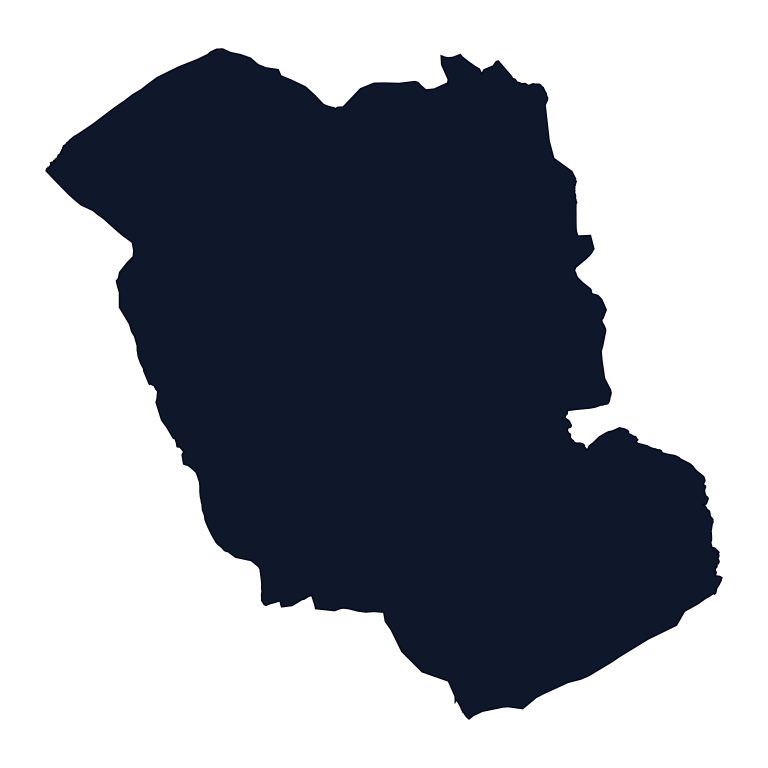 Hjartdal nor, Telemark, Norway
{"feature_id": "86288312B76434721018946", "entity_name": "Hjartdal nor", "entity_type": "district", "adm_level": 2, "iso_a3": "NOR", "parent_name": "Norway", "parent_adm1": "Telemark", "projection": "albers", "projection_center": [8.717, 59.692], "detail": "fine", "context": "isolated", "style": "filled", "palette": "ink", "viewbox_px": 768, "rotation_deg": 0, "n_neighbors": 0, "source": "geoboundaries", "source_scale": "gbopen_adm2", "svg_char_len": 6005}
<svg xmlns="http://www.w3.org/2000/svg" viewBox="0 0 768 768"><path d="M469.0,719.0L473.3,715.5L482.4,711.2L503.2,706.9L508.4,706.6L522.7,708.6L535.9,697.6L542.6,694.0L567.8,682.4L580.9,679.0L588.8,675.6L612.5,661.3L619.0,656.8L647.9,639.1L676.5,625.1L684.5,611.2L698.0,603.7L705.5,598.3L708.4,596.8L713.3,593.6L714.5,594.0L715.5,593.4L716.7,588.2L719.3,584.2L720.6,581.2L721.0,580.9L721.2,579.3L721.9,577.9L720.4,576.8L719.0,576.3L715.4,575.9L715.4,575.2L715.7,574.6L715.2,573.9L715.2,573.6L716.3,572.8L715.4,570.7L715.2,569.6L715.3,569.0L715.9,567.8L717.0,566.7L716.9,564.1L718.1,563.8L718.7,562.9L719.1,561.6L717.8,558.1L718.6,556.9L718.9,555.5L718.8,555.0L718.0,554.5L718.9,552.3L717.2,550.4L716.7,550.5L716.7,550.3L715.6,549.8L715.9,549.4L715.6,548.8L713.9,547.8L712.1,547.9L711.0,544.0L710.7,542.2L711.3,540.8L711.5,538.5L711.2,532.4L710.9,532.1L712.2,523.6L712.9,522.4L712.8,519.4L710.5,516.5L710.1,515.6L709.7,512.2L709.3,511.1L707.0,509.3L705.2,506.1L703.3,505.0L703.5,504.2L705.6,504.2L706.1,503.9L706.6,503.0L708.1,498.9L708.0,498.0L707.5,497.2L705.5,495.7L705.5,494.5L705.0,494.2L704.5,491.0L704.6,489.3L704.7,488.7L705.4,487.8L705.5,487.0L705.3,485.9L704.0,485.7L703.6,482.9L704.7,481.6L704.9,480.2L704.4,478.6L703.9,478.1L704.1,477.4L703.0,476.0L697.4,471.7L695.3,469.7L692.9,466.4L690.0,463.9L680.0,458.8L679.4,457.9L677.1,456.7L674.8,455.6L667.8,454.4L662.5,453.0L661.9,452.3L661.1,450.6L659.7,449.9L657.6,449.9L655.0,448.8L653.3,448.8L652.1,448.1L650.9,448.0L650.0,447.3L647.3,445.9L637.5,443.4L636.5,442.1L636.4,441.2L637.4,440.4L637.7,439.6L636.6,438.7L635.7,436.7L632.9,436.1L632.5,435.6L628.7,433.7L628.4,432.7L628.5,431.5L627.2,430.3L624.9,429.1L619.5,427.8L613.9,430.4L611.7,431.2L608.7,431.8L605.6,433.2L599.3,437.0L592.7,443.4L590.1,445.2L589.2,446.0L587.5,449.8L586.5,449.4L585.7,448.3L584.7,447.5L584.3,447.0L584.4,445.3L582.7,443.9L580.0,443.1L576.3,443.2L575.0,442.7L574.0,441.8L573.3,440.7L572.2,440.0L570.6,438.1L570.2,437.1L570.4,434.7L569.7,433.7L568.6,433.1L567.8,431.8L567.4,430.3L567.6,428.1L570.4,427.2L571.1,426.5L571.2,425.7L571.0,424.8L569.4,421.5L568.0,420.0L566.3,419.0L565.0,417.6L565.5,415.4L567.2,413.7L567.4,410.6L574.5,409.5L590.0,408.0L595.0,407.1L601.5,404.8L602.2,405.1L604.3,404.4L607.8,403.7L609.0,401.7L609.5,400.1L609.9,397.5L610.8,394.7L611.1,392.7L610.5,390.0L604.5,378.4L601.9,360.4L601.1,351.1L602.5,346.5L605.6,330.8L605.5,329.2L603.9,325.3L603.0,324.0L602.7,323.2L602.1,322.5L602.0,321.4L601.5,319.7L602.8,318.6L606.2,309.8L601.6,299.4L597.9,295.5L591.7,293.7L590.9,289.6L590.0,288.6L582.5,282.7L577.6,277.8L576.4,275.5L575.5,272.6L574.4,270.8L575.6,267.3L586.3,258.4L590.0,254.7L591.4,253.1L593.2,249.7L593.9,249.1L590.4,235.5L578.1,236.1L577.2,234.5L576.4,231.4L576.0,228.3L575.9,223.7L575.8,206.3L575.9,206.2L575.7,206.0L575.8,205.3L576.0,203.7L576.7,202.4L576.1,201.6L576.0,200.0L575.6,200.0L575.4,199.0L575.5,196.1L575.3,194.3L574.5,193.4L574.8,190.3L574.4,189.2L574.8,187.9L574.5,187.0L574.1,186.9L574.9,186.0L576.2,181.1L575.2,180.7L574.6,180.0L575.6,178.9L571.8,171.5L553.8,158.4L549.1,141.1L545.1,105.0L547.5,99.7L547.3,99.1L547.6,98.0L546.5,95.9L546.6,95.2L546.2,94.2L546.3,93.6L545.2,91.9L543.0,87.3L541.8,86.7L541.7,86.3L541.2,86.1L540.7,85.1L539.1,84.2L534.8,84.2L533.3,83.8L531.9,84.2L528.8,85.6L526.6,84.6L525.4,83.5L521.6,83.8L519.4,82.7L517.3,82.3L514.9,79.2L512.6,78.6L511.5,76.4L498.2,61.0L496.1,61.7L493.1,66.1L484.0,69.8L481.7,74.2L479.4,69.1L474.9,66.5L468.6,62.0L462.2,57.0L460.3,54.6L452.9,57.4L448.5,57.9L444.9,57.3L441.2,55.8L441.7,64.6L448.3,79.4L447.7,83.0L434.3,89.1L425.9,90.0L420.3,85.1L418.0,82.5L414.8,81.6L399.0,83.5L384.2,83.1L373.9,83.3L360.5,88.8L343.1,107.1L337.7,107.3L335.5,108.8L333.6,107.6L332.0,107.5L326.4,105.8L323.3,104.4L315.0,95.7L305.5,87.0L290.9,80.0L280.8,75.9L278.2,69.7L265.8,67.9L257.9,64.7L250.5,58.2L240.6,54.7L230.5,52.6L222.6,49.0L216.5,49.3L210.2,52.3L208.1,54.4L197.7,59.5L178.5,67.1L157.4,77.5L146.8,85.3L142.0,89.2L132.7,94.8L125.3,100.5L114.8,107.7L91.9,125.1L77.3,134.8L74.1,136.6L69.6,140.3L68.3,141.9L67.1,142.6L66.3,143.9L64.9,145.2L63.5,145.9L63.2,147.3L62.7,147.8L62.7,148.9L61.8,150.1L61.8,150.5L62.1,151.0L60.6,152.3L60.8,152.7L60.3,153.6L59.6,154.4L58.3,155.1L58.4,156.0L57.9,156.3L57.9,156.7L57.4,157.2L57.2,158.1L55.3,159.3L54.9,160.4L54.5,160.5L54.8,160.8L54.5,161.4L53.8,161.3L53.8,161.8L53.5,162.2L52.1,162.1L50.5,162.9L50.7,163.6L50.7,164.3L51.3,164.5L50.8,165.1L51.5,165.5L51.5,165.9L50.7,166.4L49.7,166.3L48.7,167.8L48.1,167.5L47.8,168.1L46.9,168.7L46.2,170.3L46.1,170.8L58.4,183.7L69.2,194.6L75.7,200.4L81.3,205.0L93.2,210.5L98.0,214.5L103.8,218.6L113.9,227.8L122.8,235.4L132.4,242.4L133.8,250.5L133.3,256.6L127.2,262.8L119.6,272.5L118.6,278.1L116.4,281.0L117.9,287.1L119.5,292.2L119.5,307.3L129.6,324.1L131.7,331.5L134.6,336.3L137.3,345.8L137.3,350.1L138.4,356.9L140.7,363.3L143.7,368.8L143.9,371.2L149.4,384.4L150.5,383.9L154.3,385.8L155.8,389.0L157.8,391.4L157.0,399.2L156.1,402.2L161.6,419.9L167.1,427.6L173.3,438.1L175.2,438.8L175.7,440.7L176.5,442.7L177.0,446.3L177.3,446.8L180.1,447.1L183.9,452.0L182.3,454.2L182.2,455.1L183.6,463.8L184.1,464.3L187.8,465.2L191.4,467.9L196.4,472.5L199.6,482.0L200.0,486.1L200.0,491.9L200.5,497.1L201.3,500.4L201.4,501.9L202.1,504.3L202.5,510.0L204.5,515.2L205.2,520.1L207.8,526.5L211.4,534.0L216.1,542.3L217.6,544.0L221.7,547.3L224.4,550.4L226.5,551.4L227.9,551.5L235.6,557.2L251.2,560.5L258.6,566.6L260.1,569.1L261.6,580.9L261.9,585.4L261.7,588.5L262.1,591.1L261.6,594.3L261.8,600.7L264.1,604.3L265.4,605.2L266.6,605.1L270.8,603.3L273.4,602.8L280.0,600.7L281.1,605.3L281.7,606.8L292.1,605.5L302.2,599.4L304.0,599.2L308.4,596.4L311.8,595.3L315.1,605.7L315.6,608.6L334.7,610.6L339.7,608.6L343.2,608.0L349.0,608.7L357.6,610.9L365.8,612.0L373.9,611.4L383.8,612.2L385.4,621.5L391.1,629.5L401.9,651.5L422.2,671.8L448.4,681.0L455.2,696.4L455.3,701.8L456.0,700.7L457.0,700.3L460.6,706.7L461.4,708.8L462.7,711.3L462.7,711.9L464.3,713.1L464.3,713.5L466.0,716.2L469.0,719.0Z" fill="#0f172a" stroke="#020617" stroke-width="1.5"/></svg>